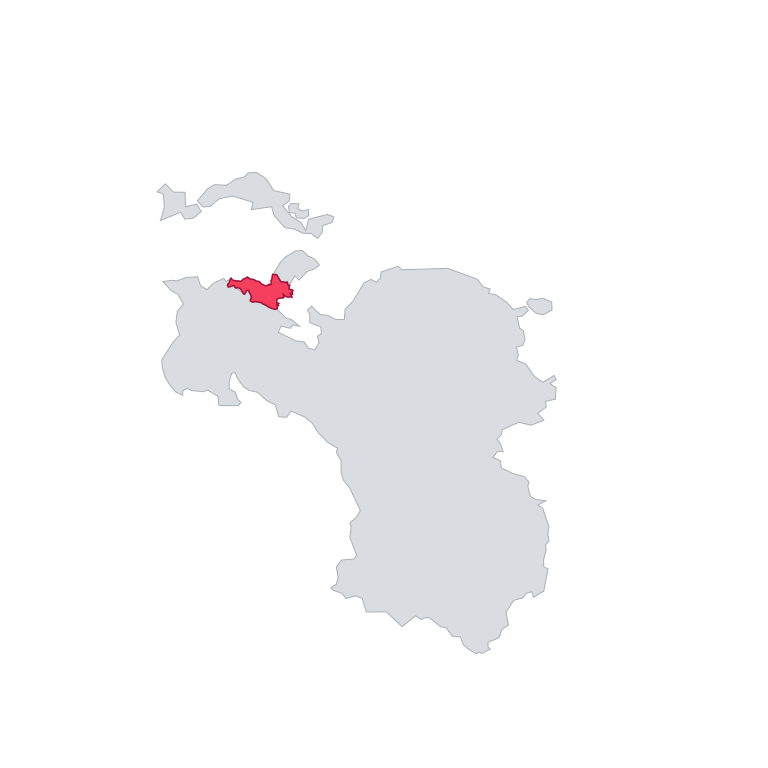 North Korea and the surrounding countries, rotated 240°
{"feature_id": "PRK", "entity_name": "North Korea", "entity_type": "country or territory", "adm_level": 0, "iso_a3": "PRK", "parent_name": "Asia", "parent_adm1": "", "projection": "equal_earth", "projection_center": [127.346, 40.359], "detail": "medium", "context": "with_neighbors", "style": "filled", "palette": "rose", "viewbox_px": 768, "rotation_deg": 240, "n_neighbors": 3, "source": "natural_earth", "source_scale": "50m", "svg_char_len": 5701}
<svg xmlns="http://www.w3.org/2000/svg" viewBox="0 0 768 768"><g transform="rotate(240 384 384)"><path d="M516.9,351.6L521.0,351.1L524.1,346.3L533.1,345.1L534.3,342.6L541.2,355.0L543.3,361.9L543.4,374.1L540.4,380.0L533.1,382.1L526.6,386.6L519.3,387.5L518.4,381.6L519.9,373.6L516.4,362.5L522.4,360.7L516.9,351.6Z" fill="#d9dde1" stroke="#a8b0b8" stroke-width="1"/><path d="M371.1,570.2L364.2,566.6L364.3,556.6L368.8,551.3L378.3,548.1L383.3,548.3L385.1,552.8L381.1,557.9L378.8,564.6L371.1,570.2ZM160.7,304.0L161.5,298.3L167.4,295.6L164.9,278.3L185.4,272.2L195.4,254.7L209.4,257.9L214.7,253.5L217.4,243.9L223.8,243.0L231.0,236.7L234.1,236.0L234.4,242.6L239.5,247.6L249.3,251.2L252.8,259.0L247.5,270.4L249.4,274.7L268.1,277.7L276.2,283.9L280.7,285.0L282.7,294.2L286.2,300.2L310.4,302.3L321.0,300.8L328.4,302.4L339.1,308.5L348.5,308.5L351.6,311.7L361.3,306.2L374.2,302.7L385.9,302.3L395.3,298.7L406.9,290.0L403.9,282.9L408.4,276.5L420.3,279.4L428.3,274.1L440.1,270.3L446.1,263.8L451.5,261.1L462.5,259.8L468.4,260.9L469.4,257.4L462.9,250.7L457.1,247.6L451.2,251.2L443.9,249.7L439.6,250.9L438.0,247.0L447.9,230.4L456.5,234.0L467.2,228.0L467.4,224.0L474.4,214.2L478.6,211.3L478.7,206.3L474.9,204.1L481.0,199.7L489.9,198.1L499.4,197.8L510.0,200.5L516.2,203.8L525.9,222.5L528.6,231.6L541.4,234.6L550.3,241.3L553.5,250.3L564.8,250.3L571.1,246.5L583.3,243.7L579.8,252.3L577.0,255.9L574.9,266.5L570.1,276.1L560.8,274.3L554.3,277.8L556.5,286.3L555.7,298.2L551.7,298.4L551.8,303.6L546.8,297.6L543.7,303.3L531.8,307.6L533.0,313.0L526.3,312.6L522.6,309.4L517.2,316.7L508.5,322.2L502.0,328.9L490.9,331.9L485.0,336.7L476.3,339.6L480.7,334.8L479.1,330.7L485.6,323.7L481.6,318.4L465.5,329.2L460.4,335.9L452.6,336.4L448.3,341.3L452.2,348.4L458.7,350.1L458.8,354.8L465.0,357.9L474.2,350.4L481.2,354.5L486.3,354.8L487.5,360.3L476.1,363.3L472.2,369.0L464.1,374.4L459.7,381.9L468.3,387.8L471.2,398.5L481.4,416.9L481.1,425.1L475.8,428.1L477.7,434.0L482.5,437.4L478.8,455.4L474.1,456.4L452.4,496.9L428.2,517.1L418.5,518.4L413.1,523.5L410.3,519.8L405.2,525.5L393.0,531.3L383.9,533.1L380.4,545.3L375.6,546.0L373.7,537.6L375.9,533.1L364.6,529.4L360.4,531.3L351.9,528.3L348.1,523.6L349.7,517.0L342.0,514.9L338.2,510.6L330.5,516.7L315.3,518.0L306.0,522.5L306.4,535.6L301.9,535.3L301.3,527.8L294.8,531.2L285.1,524.8L288.3,515.2L283.0,513.0L281.8,502.5L272.6,504.4L274.8,490.8L283.6,481.4L285.2,463.4L281.8,460.7L279.6,454.1L274.6,455.0L265.7,453.3L269.0,448.6L265.8,441.7L259.4,446.4L252.7,443.6L242.3,450.7L233.7,459.1L226.8,460.5L223.5,457.4L213.4,454.6L208.5,457.4L201.9,465.8L202.3,456.9L196.9,459.3L178.1,455.6L171.9,450.7L165.7,448.5L163.7,443.1L159.2,441.5L151.9,434.3L145.8,430.9L141.9,433.6L124.7,418.8L124.6,406.8L130.2,408.2L131.5,402.7L129.3,397.1L131.8,388.2L125.5,375.6L113.1,371.3L112.5,363.1L107.7,358.2L107.0,355.1L108.4,345.0L104.2,342.6L101.3,343.7L101.7,334.0L104.5,331.6L104.0,329.2L112.8,324.3L118.7,322.3L126.7,323.7L131.3,317.1L141.7,315.9L145.4,311.8L159.0,306.3L160.7,304.0Z" fill="#d9dde1" stroke="#a8b0b8" stroke-width="1"/><path d="M641.5,336.6L634.8,347.2L635.6,358.1L633.1,366.5L634.8,371.9L631.0,379.4L620.8,384.5L606.6,385.2L595.4,397.5L589.8,393.4L589.2,385.3L575.1,387.7L565.6,392.8L556.0,393.0L564.4,401.0L559.2,419.6L553.9,424.2L549.9,419.9L551.8,410.0L546.6,406.8L543.2,399.4L550.9,396.0L555.1,389.2L563.2,383.6L569.0,376.3L585.0,373.1L593.7,375.3L601.4,356.3L607.0,361.4L622.6,346.7L626.8,333.9L624.8,322.3L627.7,315.8L635.9,313.9L641.1,328.2L641.5,336.6ZM658.9,287.8L663.9,283.6L666.7,294.8L655.5,297.6L649.5,307.6L636.8,300.7L633.4,311.8L624.7,312.0L623.0,301.9L626.3,294.1L634.5,293.5L637.3,272.0L647.1,282.3L658.9,287.8ZM567.4,397.5L571.8,391.1L576.4,392.3L579.7,387.8L585.7,390.1L586.9,393.8L582.5,400.4L579.0,396.9L574.9,399.4L572.8,405.8L567.4,402.7L567.4,397.5Z" fill="#d9dde1" stroke="#a8b0b8" stroke-width="1"/><path d="M534.5,342.5L534.2,342.6L532.8,345.2L531.8,345.8L525.9,345.7L524.2,346.0L523.6,346.5L521.6,349.2L520.9,349.9L520.8,351.1L520.6,351.3L518.5,350.3L517.2,350.8L516.8,351.5L516.5,351.7L515.9,350.4L515.1,350.3L513.7,349.2L513.1,349.4L512.2,350.9L511.1,351.8L510.4,351.9L510.4,351.7L510.0,350.6L508.4,350.2L507.5,349.7L509.5,348.4L509.2,348.1L507.5,348.2L506.8,347.8L505.8,347.9L505.1,347.6L506.6,346.5L506.6,345.4L507.4,344.0L508.2,343.2L510.1,342.0L512.0,341.8L511.0,341.2L510.0,341.2L509.0,340.5L508.9,339.9L510.9,335.5L510.6,333.0L508.5,332.4L506.0,330.6L505.7,330.8L505.6,331.7L504.9,332.1L504.3,330.3L502.6,329.1L503.0,327.0L507.0,323.4L507.8,323.3L508.1,322.7L508.4,322.5L510.3,321.5L511.1,321.3L512.5,320.1L512.9,320.1L513.6,319.2L515.6,318.8L516.9,317.0L517.7,316.4L519.0,314.5L519.6,314.1L520.5,311.2L521.4,310.5L521.9,310.4L522.8,309.8L523.6,310.2L524.6,311.6L524.6,312.1L525.0,312.4L528.9,313.3L530.8,313.1L531.5,313.2L532.6,313.8L533.7,312.0L533.6,311.6L533.4,311.1L532.8,310.6L531.6,308.6L531.7,307.7L533.8,307.3L534.7,307.5L538.6,307.2L540.7,305.4L540.8,304.4L541.6,303.4L542.4,303.2L543.2,303.7L543.5,303.6L543.8,303.2L544.5,303.0L545.1,299.7L545.7,297.8L546.0,297.5L547.0,297.8L547.4,297.7L548.0,298.3L548.7,298.5L548.7,300.0L549.6,301.2L550.7,301.8L552.2,304.5L551.8,304.8L550.4,304.5L548.7,305.7L548.3,306.6L547.0,307.7L546.0,309.6L545.1,310.5L544.5,311.7L544.5,312.7L545.1,313.8L545.2,314.7L544.8,316.5L545.1,318.5L544.8,319.3L541.9,320.6L541.2,321.3L540.1,323.0L538.9,323.7L538.1,324.4L536.9,324.8L536.2,326.1L535.5,326.8L533.8,327.7L532.3,327.8L531.2,328.2L530.4,329.2L528.0,330.4L527.7,331.3L527.9,333.7L527.7,334.6L527.2,334.3L526.9,334.6L526.6,335.4L526.7,336.3L529.8,337.6L531.2,339.6L533.5,341.2L534.5,342.5ZM507.0,332.9L506.5,333.2L506.5,332.7L506.9,332.2L507.2,332.2L507.0,332.9Z" fill="#f43f5e" stroke="#9f1239" stroke-width="1.5"/></g></svg>